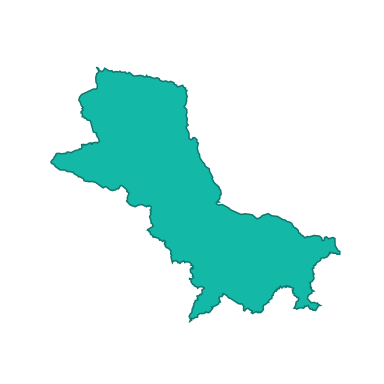 outline of Ataco, Tolima, Colombia, rotated 77°
{"feature_id": "7082276B46910600615259", "entity_name": "Ataco", "entity_type": "district", "adm_level": 2, "iso_a3": "COL", "parent_name": "Colombia", "parent_adm1": "Tolima", "projection": "mercator", "projection_center": [-75.445, 3.437], "detail": "fine", "context": "isolated", "style": "filled", "palette": "teal", "viewbox_px": 384, "rotation_deg": 77, "n_neighbors": 0, "source": "geoboundaries", "source_scale": "gbopen_adm2", "svg_char_len": 6032}
<svg xmlns="http://www.w3.org/2000/svg" viewBox="0 0 384 384"><g transform="rotate(77 192 192)"><path d="M146.1,303.4L147.8,302.6L150.4,299.7L151.7,299.2L152.0,297.8L154.3,295.1L156.9,294.5L158.9,289.8L159.3,286.8L161.0,283.7L168.0,277.7L167.3,275.1L167.8,274.1L171.2,271.6L172.7,269.3L172.7,266.1L171.9,263.6L172.4,262.9L169.6,260.2L170.0,258.9L174.2,255.6L176.2,254.7L176.8,255.4L178.8,253.6L182.9,256.3L185.3,256.6L186.1,257.8L190.7,255.2L190.6,254.6L191.6,254.0L193.6,250.6L192.7,247.4L192.9,243.7L196.2,239.6L195.4,238.5L196.1,237.6L195.5,236.7L197.4,235.0L199.0,235.4L200.2,236.9L201.7,236.0L202.9,237.3L204.2,236.9L206.5,238.9L210.7,238.4L213.0,238.9L214.0,237.9L216.7,237.5L218.7,243.8L219.3,244.1L220.1,242.5L221.1,242.7L221.7,241.7L223.8,242.0L225.3,240.4L227.4,240.0L227.1,238.5L227.8,238.3L229.5,235.0L231.7,234.4L231.5,233.5L233.7,231.5L232.8,230.3L233.8,229.3L235.0,229.0L235.4,230.1L236.8,230.6L237.5,229.7L238.5,230.3L240.3,229.5L241.5,227.7L244.5,225.8L248.1,226.7L249.1,226.1L250.6,227.1L256.5,227.0L255.1,225.7L255.3,223.2L256.5,221.9L257.7,221.6L257.5,221.0L258.9,219.8L257.9,218.4L257.3,215.6L257.8,215.0L259.1,215.0L258.8,212.5L259.9,210.3L261.5,209.1L262.4,208.7L263.0,209.5L263.8,208.1L265.0,207.6L265.5,208.4L266.1,207.9L266.9,208.3L267.0,209.3L266.0,209.9L267.3,211.2L270.0,211.4L271.9,210.1L273.4,209.9L274.3,210.5L274.6,209.8L275.7,209.8L276.7,211.7L275.7,213.8L276.4,214.0L277.1,212.8L279.4,213.1L282.3,212.0L283.1,210.8L284.2,210.7L285.7,208.5L287.1,208.1L286.1,206.6L286.3,204.4L287.2,202.4L288.6,201.7L289.8,204.5L292.2,204.6L294.1,205.8L293.4,206.9L294.4,208.0L294.6,210.6L296.0,210.0L297.1,210.9L298.0,210.3L298.7,211.2L298.4,213.3L299.5,213.5L301.2,215.3L302.5,215.5L303.9,216.7L304.9,216.7L305.8,218.0L309.5,219.3L310.2,220.8L312.6,222.8L315.8,222.1L317.5,223.1L316.7,221.1L315.4,221.3L315.1,220.8L315.8,219.1L314.9,217.2L315.2,214.8L313.1,214.0L312.2,211.6L313.0,208.5L312.8,206.4L312.0,205.4L313.3,203.5L313.2,202.0L309.9,197.9L308.3,198.7L308.6,197.4L307.7,193.1L307.1,191.5L305.3,190.2L305.6,189.2L301.0,189.6L300.1,187.8L300.6,186.2L299.1,184.7L298.3,185.1L298.0,184.0L301.5,180.9L303.4,180.2L304.3,178.4L311.1,172.0L312.1,170.1L312.0,168.7L314.8,167.3L318.9,168.4L319.4,168.0L319.7,167.3L318.4,166.2L317.8,163.6L320.3,161.8L321.5,160.0L322.9,161.3L324.0,160.4L322.9,156.2L324.1,155.5L324.5,154.5L323.9,154.0L324.9,152.8L324.4,152.2L324.8,151.9L323.3,149.5L321.7,148.6L320.0,148.7L318.3,147.5L318.2,146.0L316.5,142.7L316.8,142.1L315.7,142.1L314.4,140.7L313.6,138.1L311.2,137.5L311.1,136.2L309.7,135.9L307.2,133.4L307.6,132.6L307.0,131.5L306.1,131.8L306.2,130.5L305.1,130.3L305.8,128.6L304.0,127.8L303.6,126.7L305.2,126.5L305.8,125.8L304.7,124.2L304.8,122.5L305.7,122.5L304.9,121.1L305.8,121.1L305.3,119.9L306.2,119.0L305.8,118.5L306.7,118.2L306.7,117.1L308.1,115.9L308.6,114.7L310.1,115.5L310.0,116.2L313.2,116.4L314.2,115.2L315.7,115.7L317.5,113.6L318.3,113.6L319.3,111.8L321.7,112.9L322.6,115.2L326.4,116.9L328.2,118.7L328.4,117.5L329.7,116.3L329.0,112.5L330.3,109.9L329.8,108.3L328.6,108.0L329.0,107.0L328.7,104.2L330.3,104.2L332.8,103.1L333.3,100.9L334.3,100.8L335.2,98.2L331.2,94.3L331.4,92.5L329.6,94.4L328.6,94.6L329.0,95.2L327.0,97.9L326.9,100.6L322.1,103.4L320.3,103.0L318.5,101.3L317.4,97.9L315.7,97.5L315.9,95.7L313.7,97.7L312.4,97.3L312.0,98.0L311.5,97.3L310.8,98.0L308.3,97.1L306.7,97.8L306.3,95.3L303.9,92.6L299.9,92.5L299.4,91.4L298.2,92.1L293.7,92.0L293.5,90.4L291.0,90.0L291.0,88.1L288.9,86.5L287.6,82.4L285.6,81.0L285.4,80.0L286.1,77.9L285.5,74.7L283.1,71.7L282.4,72.1L281.6,71.0L282.6,70.4L282.7,68.7L283.6,68.0L284.0,65.5L285.0,65.1L286.0,62.1L283.1,61.3L282.1,62.8L276.3,64.6L269.4,63.2L268.0,64.9L268.3,69.4L265.8,71.2L266.3,73.2L268.6,73.8L268.7,75.9L266.0,76.1L263.7,77.6L261.8,82.8L262.1,87.8L261.3,89.6L262.0,92.3L259.2,94.1L258.4,95.4L256.6,96.0L255.9,97.2L253.3,97.2L251.3,98.3L249.0,100.8L245.0,101.9L243.4,103.4L242.4,105.7L240.2,107.7L239.4,109.7L235.0,114.2L233.2,119.5L230.2,122.6L230.7,128.6L232.4,131.5L232.7,134.8L227.7,138.5L225.2,145.1L224.9,149.3L217.9,158.6L216.0,159.7L211.0,165.3L210.6,169.3L209.8,170.3L208.0,170.9L207.5,170.0L207.9,167.8L206.5,168.8L204.7,166.4L202.0,165.7L200.9,164.1L196.5,163.7L194.7,164.8L193.4,164.5L187.9,168.3L183.6,169.4L182.5,168.5L175.6,170.3L173.4,169.9L169.8,173.4L167.5,173.4L164.7,175.1L160.2,176.7L157.2,176.2L154.8,177.0L150.1,177.0L145.8,174.8L144.2,176.2L142.2,175.4L139.6,177.2L139.3,178.8L140.6,179.9L140.8,181.3L139.2,182.8L134.1,181.7L128.0,183.2L126.9,182.8L126.0,180.7L123.5,181.6L119.7,180.1L115.9,180.6L113.9,179.2L110.5,178.6L107.0,180.5L105.5,178.6L101.8,176.6L100.1,176.6L98.0,175.1L93.5,175.6L92.1,174.1L90.6,175.4L89.3,174.9L88.0,176.6L85.9,177.1L86.4,182.3L85.8,182.9L84.5,182.9L83.1,185.0L81.5,185.0L79.4,187.9L79.7,190.3L78.0,192.2L77.7,195.9L75.6,198.4L74.2,198.5L72.6,200.7L73.1,201.9L72.2,204.6L70.1,207.2L70.0,209.3L68.2,209.9L69.0,210.8L69.2,212.8L67.9,213.7L66.7,216.3L66.2,221.9L65.6,222.9L61.3,226.3L62.0,227.3L61.8,229.2L60.2,229.9L59.5,233.9L58.1,235.0L58.5,236.9L57.6,238.7L57.5,242.0L55.8,242.7L55.4,245.5L51.8,249.1L53.9,251.2L54.4,252.9L52.3,255.3L50.7,255.2L48.8,257.2L51.7,255.9L53.6,255.8L54.6,256.6L55.3,258.2L59.1,260.1L63.6,260.8L66.0,260.0L69.5,261.1L70.1,262.2L69.5,264.9L72.2,277.6L74.3,280.2L77.3,281.7L78.5,280.9L83.2,280.3L85.3,279.0L85.9,280.4L87.6,279.8L88.9,282.1L90.1,282.3L90.6,281.4L93.2,281.5L93.8,282.1L94.8,280.4L95.5,280.4L96.9,278.4L98.2,278.0L99.7,275.0L111.3,274.6L113.3,271.6L114.4,272.3L116.9,271.9L118.2,271.1L122.0,270.8L122.9,273.2L122.0,274.3L121.8,277.0L123.0,279.1L122.5,279.4L121.7,278.9L121.2,280.9L122.3,284.3L121.6,285.4L122.0,286.9L121.3,287.0L121.0,288.9L123.9,289.2L125.0,290.2L124.7,292.2L125.5,293.5L125.3,296.4L126.5,300.9L125.2,303.6L125.1,305.3L126.3,306.4L125.6,307.8L125.6,310.6L124.6,312.2L124.0,315.2L124.9,316.4L126.0,316.7L126.8,318.3L128.6,319.2L129.4,321.1L130.9,322.7L132.4,322.5L134.1,320.3L136.6,319.3L140.8,315.6L142.0,310.8L144.1,308.9L144.4,307.0L146.1,303.4Z" fill="#14b8a6" stroke="#0f766e" stroke-width="1.5"/></g></svg>